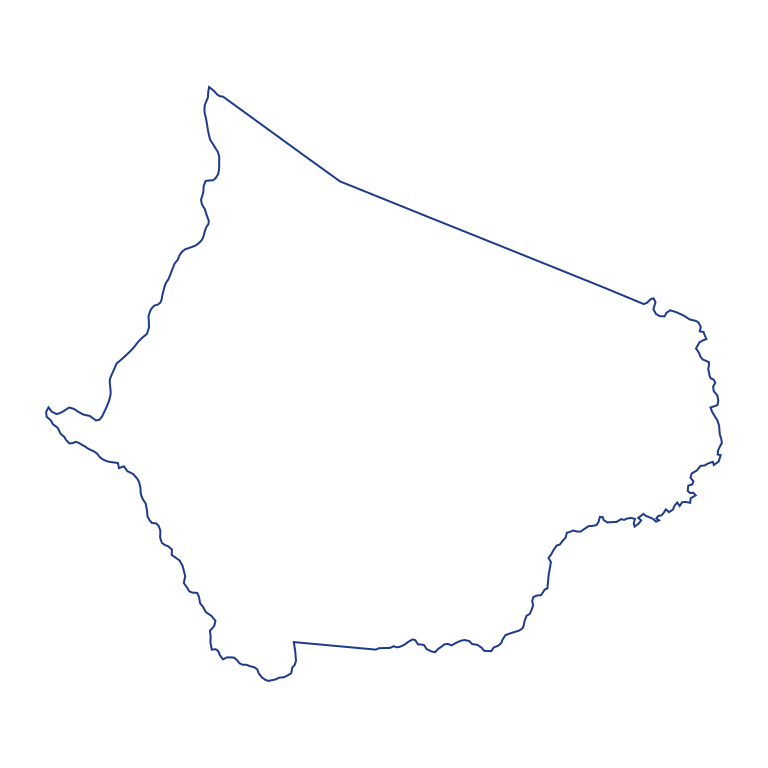 the district of Terra Nova do Norte, Mato Grosso, Brazil
{"feature_id": "56859067B55158769259691", "entity_name": "Terra Nova do Norte", "entity_type": "district", "adm_level": 2, "iso_a3": "BRA", "parent_name": "Brazil", "parent_adm1": "Mato Grosso", "projection": "robinson", "projection_center": [-54.989, -10.486], "detail": "fine", "context": "isolated", "style": "outline", "palette": "blue", "viewbox_px": 768, "rotation_deg": 0, "n_neighbors": 0, "source": "geoboundaries", "source_scale": "gbopen_adm2", "svg_char_len": 4638}
<svg xmlns="http://www.w3.org/2000/svg" viewBox="0 0 768 768"><path d="M211.8,649.6L215.6,649.2L218.0,650.8L220.0,655.3L222.9,659.3L227.0,657.4L230.7,657.4L234.0,657.6L237.2,660.3L239.5,663.3L242.8,664.8L246.3,664.7L249.8,666.1L254.4,667.3L257.3,669.5L258.8,673.5L261.8,677.3L265.4,679.9L268.5,680.9L275.3,679.5L279.4,677.6L283.9,677.3L286.7,675.9L291.2,673.3L292.4,667.3L294.6,665.1L296.0,660.8L295.6,655.8L295.3,652.0L293.8,642.1L375.7,649.6L379.0,648.2L390.0,647.9L393.8,646.2L396.4,647.3L399.3,647.0L404.1,644.9L408.3,641.8L412.7,639.4L415.4,640.2L417.9,644.4L421.1,644.5L424.1,645.1L426.6,649.1L431.4,651.4L435.0,652.2L438.4,648.7L441.9,646.4L444.2,644.4L447.8,643.9L451.5,645.4L457.5,642.1L461.4,640.6L464.5,640.0L469.1,641.0L472.2,644.1L477.4,644.8L481.6,647.7L484.1,650.8L487.9,651.0L491.2,651.2L493.7,647.5L498.4,645.6L501.3,642.9L502.5,639.7L505.4,635.2L508.9,633.8L514.2,632.1L518.8,630.7L522.4,628.5L523.7,625.6L524.5,621.3L526.5,615.8L529.8,613.9L531.9,609.0L533.1,605.4L532.2,600.9L533.4,597.0L536.9,595.5L540.9,595.2L543.0,592.4L544.7,589.5L547.4,588.4L548.2,580.1L548.6,575.6L550.0,567.3L550.9,562.1L548.5,557.9L551.1,554.5L553.7,549.8L556.7,545.5L559.8,544.6L562.7,540.8L565.7,537.5L566.8,532.8L570.0,531.9L573.0,530.5L576.7,531.5L580.5,531.6L584.6,528.8L588.5,526.2L592.7,525.9L596.7,525.0L598.6,521.7L599.9,516.9L602.7,517.1L603.7,520.1L607.3,522.4L612.2,522.1L616.6,521.9L621.1,519.1L624.1,519.9L626.9,518.6L630.7,517.9L635.0,518.9L633.7,523.5L634.6,526.6L638.9,523.3L641.2,520.3L638.2,517.9L643.5,513.9L645.9,515.9L649.2,517.2L653.1,518.9L656.1,521.7L659.1,520.3L656.3,518.4L658.3,515.9L661.7,515.3L663.9,512.5L665.9,509.3L668.9,512.2L672.9,509.6L674.7,505.4L677.3,502.5L679.6,506.0L682.2,502.2L686.1,502.0L690.2,502.8L690.6,498.3L695.7,495.4L693.3,492.7L690.1,493.0L687.7,490.9L688.3,485.6L692.2,484.4L693.4,481.2L690.4,477.7L691.7,473.5L697.0,470.3L700.5,465.9L704.9,465.4L707.9,463.5L712.8,461.8L713.8,465.0L718.6,461.6L720.7,455.2L717.7,454.5L718.0,450.7L719.7,447.0L721.9,442.8L721.2,438.7L719.8,434.4L719.5,431.1L719.1,425.9L717.5,420.6L714.9,416.4L712.2,412.0L710.5,407.5L714.5,406.2L717.5,405.0L718.3,400.8L717.4,395.6L713.7,391.1L713.1,386.6L715.3,382.8L713.6,379.5L710.7,378.4L709.5,375.5L709.0,372.4L708.2,369.2L708.9,365.8L708.9,362.2L705.7,360.7L702.8,359.5L700.4,356.6L699.0,352.8L696.0,348.5L699.6,342.2L703.3,340.2L706.4,339.1L704.9,335.6L703.5,332.0L699.8,331.3L700.8,326.9L698.5,322.5L695.9,320.9L689.7,319.5L683.9,315.7L680.3,314.0L676.0,312.1L670.2,310.3L666.4,312.9L664.6,316.4L659.7,316.1L656.0,314.0L653.4,309.2L655.5,302.2L653.6,298.4L650.9,299.0L646.9,302.8L643.8,304.1L604.3,287.7L498.2,245.0L426.8,216.4L340.0,181.4L306.0,156.9L223.1,96.7L219.9,96.2L217.2,94.5L213.3,90.3L209.1,87.1L208.3,91.5L207.9,97.5L204.8,105.0L204.4,110.3L204.8,113.7L206.0,118.3L208.2,131.7L210.0,139.5L217.8,151.9L219.2,156.2L219.2,165.8L218.9,170.4L218.1,174.2L215.5,178.3L213.0,180.3L210.2,180.4L205.6,180.9L203.6,186.4L203.4,191.7L202.5,195.0L201.0,200.0L202.0,204.5L205.0,209.4L206.0,213.2L208.8,220.9L208.4,224.2L206.4,226.9L205.0,230.7L203.1,237.6L201.4,240.6L198.2,243.7L195.0,245.8L189.1,248.0L185.3,249.2L182.0,251.7L179.3,255.6L177.9,259.6L174.6,263.6L171.8,270.7L170.0,275.5L168.4,279.3L166.0,282.8L164.5,286.8L162.5,294.5L161.7,299.2L160.4,302.6L157.8,304.6L154.1,305.7L151.1,309.1L149.6,312.6L148.5,316.5L148.8,320.6L149.0,327.5L146.9,333.9L141.8,338.1L138.0,342.0L134.4,346.7L131.4,350.1L127.7,353.7L122.8,358.2L119.5,361.1L116.8,363.2L114.8,367.7L112.9,372.0L111.4,375.3L110.0,378.8L109.7,382.4L110.3,387.3L110.7,393.2L110.0,397.2L109.0,401.0L106.8,406.4L104.8,410.8L102.1,416.4L99.5,419.7L95.9,420.4L89.9,416.0L83.2,414.5L78.1,411.7L73.9,408.9L69.2,407.5L63.5,411.2L59.9,413.1L56.6,414.1L51.8,411.7L48.5,407.4L46.1,412.0L46.6,416.7L50.8,420.4L52.9,424.2L57.7,427.8L60.7,433.9L64.2,436.8L66.0,439.9L69.4,443.4L72.5,443.2L75.8,441.8L78.7,442.8L81.9,444.8L84.5,446.2L88.3,448.8L93.3,451.1L96.8,453.3L99.8,457.1L103.0,459.5L107.3,461.4L111.1,462.1L117.9,463.0L119.0,468.1L123.9,466.3L127.4,471.2L133.0,473.9L137.5,479.0L139.1,482.1L140.5,488.1L140.6,492.5L141.4,495.9L142.9,499.3L145.7,503.7L146.3,506.8L147.1,511.2L147.4,516.1L149.2,519.7L151.8,522.9L156.3,523.5L158.6,525.9L160.3,530.3L160.3,534.2L160.1,537.5L161.8,542.7L165.0,545.1L168.1,546.2L171.9,549.5L171.7,555.0L175.8,557.8L179.6,560.5L182.6,566.0L184.0,571.4L185.2,576.2L183.8,583.0L187.1,587.6L189.4,591.4L192.4,592.6L197.2,592.9L199.0,597.0L200.1,603.3L203.1,607.0L205.7,612.0L211.3,615.8L215.4,620.7L214.4,625.6L212.1,628.5L209.9,630.6L210.3,633.8L210.7,637.1L210.4,642.3L211.8,649.6Z" fill="none" stroke="#1e3a8a" stroke-width="2"/></svg>